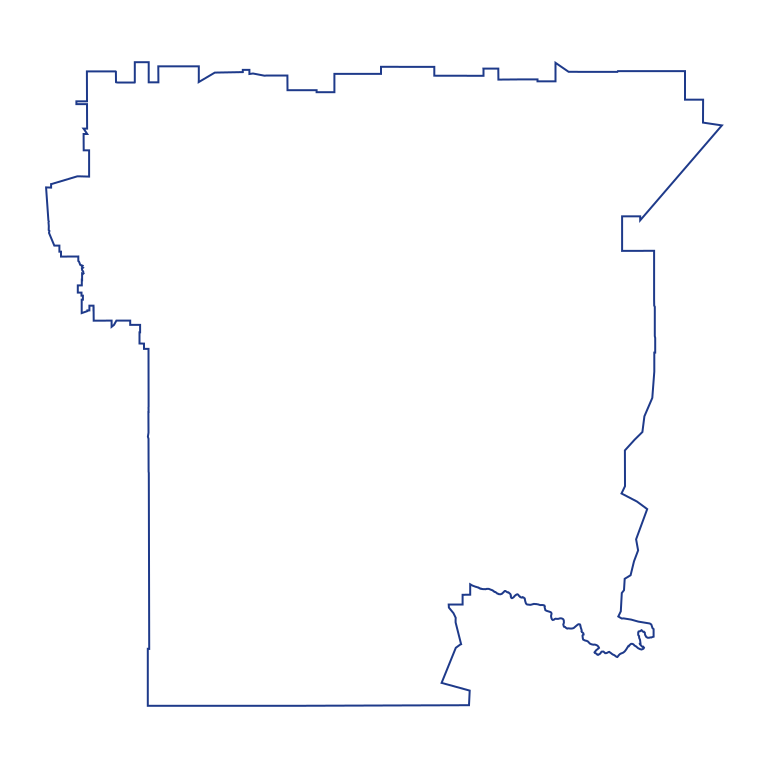 Gnowangerup, Western Australia, Australia
{"feature_id": "25037944B50241547651602", "entity_name": "Gnowangerup", "entity_type": "district", "adm_level": 2, "iso_a3": "AUS", "parent_name": "Australia", "parent_adm1": "Western Australia", "projection": "equal_earth", "projection_center": [118.388, -34.087], "detail": "fine", "context": "isolated", "style": "outline", "palette": "blue", "viewbox_px": 768, "rotation_deg": 0, "n_neighbors": 0, "source": "geoboundaries", "source_scale": "gbopen_adm2", "svg_char_len": 5947}
<svg xmlns="http://www.w3.org/2000/svg" viewBox="0 0 768 768"><path d="M653.6,636.7L653.6,629.1L652.5,628.1L651.3,624.5L649.8,623.5L638.3,621.6L631.2,619.6L623.7,618.4L621.7,618.5L618.3,616.5L620.8,611.3L621.8,593.0L624.0,590.2L624.7,578.8L630.6,575.2L634.0,561.3L638.1,550.4L636.1,539.3L647.2,509.1L636.9,501.5L621.5,493.5L625.0,486.2L624.9,450.4L634.6,439.7L642.4,432.0L644.4,416.3L652.3,397.9L654.3,371.6L654.3,352.6L655.2,352.6L655.2,337.9L654.8,336.1L654.8,306.8L654.2,305.6L654.1,299.5L654.1,250.8L622.1,250.9L622.1,216.3L640.2,216.3L640.2,220.3L721.9,125.4L703.0,122.6L703.1,99.7L685.0,99.7L685.0,71.1L617.9,71.1L617.4,71.9L595.9,71.9L568.6,71.8L555.5,62.8L555.5,81.3L537.5,81.3L537.5,79.4L521.1,79.4L498.4,79.6L498.3,68.6L483.4,68.6L483.5,69.4L483.5,75.8L434.3,75.7L434.3,66.9L381.0,66.8L381.0,73.9L334.4,73.9L334.4,92.2L316.6,92.2L316.6,90.2L287.5,90.2L287.4,75.5L266.8,75.5L264.5,75.7L253.0,73.5L249.4,74.0L249.4,69.9L242.8,69.9L242.8,72.1L214.8,72.6L198.7,82.1L198.8,80.1L198.8,66.3L158.3,66.3L158.4,82.3L148.7,82.3L148.7,62.2L134.8,62.2L134.8,82.3L134.7,82.5L117.6,82.5L116.1,82.3L116.0,82.2L115.9,71.7L115.6,71.4L86.9,71.4L87.0,101.3L76.4,101.3L76.4,104.1L87.0,104.1L87.1,128.6L83.5,128.6L83.8,129.0L84.1,129.1L84.4,129.8L87.2,134.0L83.6,134.0L83.7,150.3L89.1,150.3L89.1,176.6L78.4,176.3L77.4,176.3L76.4,176.6L51.3,184.1L51.1,184.1L51.1,187.6L46.1,187.4L46.1,187.9L48.4,220.5L48.8,221.4L48.5,222.3L48.8,226.0L48.7,230.1L49.4,230.9L49.0,232.9L54.3,245.6L59.4,245.6L59.4,251.7L61.0,251.7L61.0,256.6L78.3,256.5L78.3,261.0L79.0,261.6L80.2,264.8L82.6,265.7L81.9,266.8L83.0,267.7L81.9,268.5L82.2,270.2L83.2,271.5L83.3,272.9L83.6,273.3L82.5,274.4L82.1,274.0L82.1,280.0L81.8,279.9L81.8,285.4L77.8,285.4L77.8,292.6L81.5,292.6L81.5,295.7L82.9,295.7L82.9,299.7L81.7,299.7L81.7,313.1L87.4,311.1L87.4,310.4L89.4,310.4L89.4,305.7L93.5,305.7L93.5,309.0L93.6,308.9L93.6,309.4L93.7,320.7L111.6,320.6L111.6,326.8L114.0,324.9L116.4,320.6L130.2,320.6L130.2,324.9L140.1,324.9L140.1,332.3L139.5,332.3L139.5,343.5L144.0,343.6L144.0,348.9L148.5,348.9L148.6,406.9L148.5,407.3L148.6,412.0L148.4,412.0L148.5,432.7L147.9,436.7L148.5,438.8L148.6,471.7L148.8,472.9L149.0,557.0L149.2,648.9L147.8,648.8L147.8,705.8L158.9,705.8L296.5,705.8L469.0,705.2L469.7,690.6L441.6,682.9L455.8,647.8L460.6,644.3L461.1,644.2L455.6,622.4L455.6,619.6L455.7,617.8L453.5,613.2L448.9,607.6L448.7,604.5L462.6,604.5L462.6,594.8L470.2,594.7L470.2,584.3L472.5,585.6L473.3,585.9L476.0,586.9L476.3,586.9L477.1,587.2L477.5,587.3L478.4,587.7L478.6,587.6L479.2,588.1L479.5,588.1L480.1,588.6L480.4,588.5L480.8,588.6L481.0,588.8L481.3,588.7L481.9,589.0L482.5,589.0L482.8,589.1L483.8,589.1L484.7,589.1L485.2,589.2L485.7,589.2L486.1,589.0L486.4,589.0L487.0,588.8L487.5,588.9L488.8,588.9L489.4,589.1L490.8,589.7L491.2,589.8L491.5,590.0L492.3,590.2L492.5,590.3L492.8,590.5L493.2,590.8L493.3,591.0L493.6,591.1L493.7,591.3L494.4,591.7L494.5,591.9L494.9,592.0L495.3,592.0L496.6,592.9L497.2,593.5L498.1,593.8L498.3,593.8L498.6,594.1L500.4,594.3L501.6,593.9L501.9,593.8L502.1,593.5L502.7,593.0L503.2,592.6L503.5,592.2L503.8,591.9L504.2,591.6L504.4,591.3L504.8,591.0L505.4,591.0L505.7,591.2L506.5,591.7L507.1,592.1L507.4,592.3L507.9,592.4L508.1,592.3L508.4,592.6L508.9,592.7L509.1,593.0L509.5,593.3L509.8,593.6L510.3,594.0L510.6,594.6L510.6,594.9L510.8,595.2L510.9,595.8L510.8,596.0L510.9,596.3L510.8,596.7L511.0,597.0L511.1,597.5L511.3,597.8L511.7,598.1L512.2,598.1L513.1,597.6L513.4,597.4L514.2,596.6L514.3,596.4L515.0,595.6L515.6,595.3L515.9,594.9L516.9,594.4L517.4,594.3L517.6,594.4L518.2,594.7L518.4,595.0L518.6,595.3L519.1,596.0L519.8,596.4L519.9,596.8L520.3,596.9L520.9,597.4L521.9,597.6L522.0,597.4L522.6,597.1L523.7,597.6L524.2,598.1L524.6,598.3L524.8,598.7L524.8,599.3L525.0,599.8L525.1,600.7L525.6,602.4L525.9,603.3L526.6,604.2L527.2,604.5L529.0,604.7L529.8,604.8L530.6,604.8L532.2,604.4L532.7,604.2L533.0,604.2L533.9,603.9L534.9,604.0L535.3,604.1L536.0,604.0L536.8,604.2L538.2,604.4L539.0,604.7L540.4,605.1L541.9,605.0L543.2,605.1L544.4,605.5L544.8,606.4L544.6,606.6L544.7,607.6L545.4,610.2L546.8,610.9L549.4,611.7L550.3,612.0L551.1,612.5L551.5,613.3L551.5,614.0L551.1,615.6L551.1,616.5L551.4,618.0L552.0,619.4L552.8,620.0L554.1,619.6L554.6,619.1L555.6,618.7L557.0,618.9L558.6,618.8L559.7,618.4L560.9,618.3L561.9,618.5L562.9,619.0L563.4,619.5L563.8,620.5L563.9,622.8L563.3,624.4L563.7,626.1L564.1,626.8L565.1,627.0L565.9,627.8L567.2,628.6L568.0,628.3L569.9,628.5L572.0,628.5L573.6,628.1L576.9,625.3L578.1,624.4L578.8,624.2L579.9,624.4L580.4,625.3L580.3,625.9L580.7,627.0L580.9,628.0L581.2,628.7L581.7,630.4L581.5,631.3L581.9,632.1L582.6,632.5L583.4,633.4L583.6,634.6L582.8,635.0L582.5,635.6L582.8,638.3L583.2,639.6L585.0,640.5L586.8,640.9L588.1,641.6L588.5,642.1L589.9,643.6L591.5,644.3L593.4,644.7L594.0,644.6L594.9,644.6L596.2,645.0L597.4,645.6L597.9,646.1L598.7,647.2L599.0,647.9L597.3,649.4L596.4,650.0L594.5,652.3L594.8,652.9L596.6,653.8L597.1,654.5L598.0,654.9L598.4,654.5L599.5,654.2L600.6,653.1L601.1,652.2L601.8,651.6L603.5,651.6L605.2,653.2L606.4,653.1L607.4,652.7L608.6,652.0L609.4,651.9L610.0,652.5L611.1,653.2L611.9,653.9L613.0,654.6L614.4,655.2L615.4,656.0L616.5,656.8L617.4,657.0L618.8,655.2L619.7,654.3L620.7,653.6L621.5,653.4L622.0,653.1L623.1,652.7L623.9,652.1L624.8,651.3L625.5,650.4L626.5,649.0L627.4,647.5L628.4,646.0L628.8,646.2L629.8,644.9L631.0,643.9L632.0,643.8L633.2,644.2L633.9,644.8L634.4,645.5L635.9,646.3L638.1,648.2L640.0,649.1L641.5,649.5L642.7,649.1L643.6,648.5L644.0,647.7L643.2,646.7L642.6,646.9L641.9,646.4L640.7,645.1L639.9,644.2L639.8,643.7L640.5,643.5L640.1,640.4L639.9,639.3L639.4,638.6L639.1,637.3L639.1,636.1L638.6,635.6L638.2,634.9L638.2,633.9L638.2,632.5L638.6,631.5L640.1,631.2L640.7,630.7L641.6,630.2L642.4,631.2L643.4,631.9L643.9,631.7L644.8,632.6L644.9,633.9L645.2,635.1L645.6,635.6L645.6,635.8L646.2,636.9L646.7,637.1L647.4,637.7L648.9,637.8L650.4,637.4L651.2,637.5L652.5,637.0L653.6,636.7Z" fill="none" stroke="#1e3a8a" stroke-width="2"/></svg>